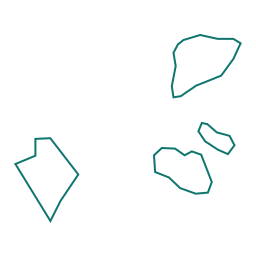 map outline of Mont Fleuri (Mercator projection)
{"feature_id": "SYC-5215", "entity_name": "Mont Fleuri", "entity_type": "state/province", "adm_level": 1, "iso_a3": "SYC", "parent_name": "Seychelles", "parent_adm1": "", "projection": "mercator", "projection_center": [55.496, -4.623], "detail": "fine", "context": "isolated", "style": "outline", "palette": "teal", "viewbox_px": 256, "rotation_deg": 0, "n_neighbors": 0, "source": "natural_earth", "source_scale": "10m", "svg_char_len": 659}
<svg xmlns="http://www.w3.org/2000/svg" viewBox="0 0 256 256"><path d="M177.9,44.4L183.5,40.0L200.1,35.0L217.9,38.9L233.4,38.9L240.6,43.3L233.4,58.9L221.2,75.6L196.2,85.6L180.7,96.2L173.5,97.3L171.8,86.2L175.7,66.1L173.5,52.8L177.9,44.4ZM35.4,138.9L50.3,138.2L78.3,174.5L60.5,200.9L50.4,221.0L15.4,164.0L35.4,155.7L35.4,138.9ZM191.8,151.4L201.2,154.7L211.8,182.0L207.9,192.6L195.7,193.7L180.1,188.1L169.0,177.5L155.1,172.0L154.0,155.3L161.8,148.0L175.1,148.6L184.6,155.3L191.8,151.4ZM201.8,123.0L207.3,124.1L216.8,132.4L229.5,135.8L234.5,145.2L227.9,154.1L217.9,149.7L205.1,141.3L198.4,131.3L201.8,123.0Z" fill="none" stroke="#0f766e" stroke-width="2"/></svg>